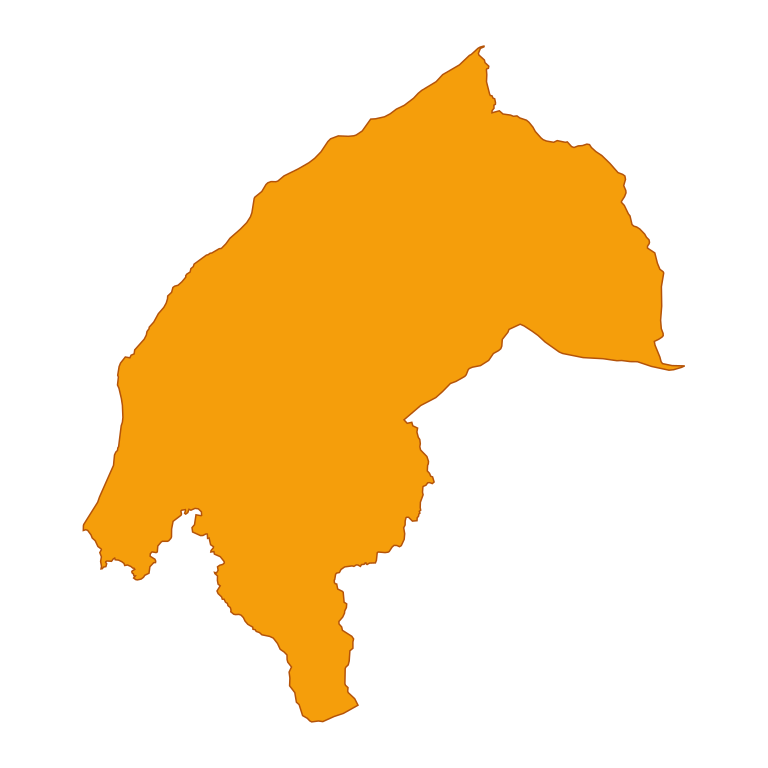 Cunday, Tolima, Colombia (Mercator projection)
{"feature_id": "7082276B4490552230449", "entity_name": "Cunday", "entity_type": "district", "adm_level": 2, "iso_a3": "COL", "parent_name": "Colombia", "parent_adm1": "Tolima", "projection": "mercator", "projection_center": [-74.711, 3.967], "detail": "fine", "context": "isolated", "style": "filled", "palette": "amber", "viewbox_px": 768, "rotation_deg": 0, "n_neighbors": 0, "source": "geoboundaries", "source_scale": "gbopen_adm2", "svg_char_len": 6091}
<svg xmlns="http://www.w3.org/2000/svg" viewBox="0 0 768 768"><path d="M322.8,721.6L334.1,716.5L343.4,713.4L358.0,705.2L354.7,698.7L348.3,692.7L347.7,691.3L348.0,687.6L345.5,685.3L344.9,683.6L345.2,668.6L345.8,667.2L348.2,664.9L349.2,661.0L349.9,650.8L352.9,648.3L352.9,641.9L353.6,638.9L351.8,636.3L342.4,630.3L341.7,627.0L339.0,623.9L338.9,621.5L342.7,617.1L344.5,613.2L344.7,611.0L346.4,607.6L346.7,603.9L344.1,602.2L343.2,592.3L342.5,591.4L337.7,589.0L336.7,584.0L335.4,583.8L334.4,582.6L334.2,580.1L334.7,579.7L335.6,574.3L336.6,573.1L339.4,572.5L341.0,569.5L344.7,566.9L352.1,565.9L353.9,566.4L356.3,564.9L357.9,565.0L360.4,566.4L361.5,564.6L364.1,564.3L365.2,562.9L366.1,563.0L366.2,563.9L367.1,564.5L369.5,563.1L375.4,562.9L376.4,560.4L377.2,552.8L378.2,552.0L385.1,552.6L388.0,552.2L389.2,551.5L392.1,547.1L394.0,545.4L396.9,545.5L399.5,546.7L401.3,545.6L404.2,539.3L404.7,533.7L403.7,527.8L405.1,525.0L405.2,520.9L406.0,517.7L406.8,517.2L408.6,517.3L412.4,521.1L417.0,520.7L417.2,517.8L418.6,516.1L418.8,514.1L419.9,513.2L419.3,511.3L420.7,510.2L420.2,507.6L420.4,502.2L423.1,494.8L422.5,492.2L422.9,487.1L423.2,486.4L426.0,485.2L427.7,482.8L429.7,482.6L432.3,483.6L434.1,482.0L432.6,476.9L430.7,476.2L429.5,473.3L427.3,470.9L427.6,465.3L428.3,463.9L428.5,461.4L426.9,456.5L420.6,450.0L419.8,446.7L420.3,443.7L419.8,439.6L418.3,437.3L416.9,432.0L417.6,428.1L412.8,425.8L411.8,422.3L407.2,423.3L404.0,419.8L420.7,405.5L435.8,397.6L442.7,391.4L450.4,383.5L456.0,381.4L464.8,376.4L466.2,374.8L468.2,369.7L469.3,368.5L472.4,367.2L480.5,365.6L488.7,360.4L493.4,353.5L498.6,350.6L500.8,348.7L501.8,346.1L502.3,339.4L507.9,332.3L509.0,329.4L520.2,324.2L524.2,326.0L532.3,331.3L538.1,335.5L545.1,342.0L559.2,352.0L562.7,353.5L583.1,357.6L603.1,358.7L616.9,360.7L621.7,360.5L630.1,361.6L637.4,361.7L651.4,366.4L669.0,370.2L673.7,369.7L681.5,367.4L684.7,365.9L672.1,365.6L662.5,363.6L661.1,361.7L659.9,357.1L655.0,345.1L654.3,341.4L658.7,339.3L662.0,337.1L663.2,335.7L663.1,333.4L661.3,328.7L660.6,320.2L661.7,306.1L661.4,286.7L663.7,273.0L663.1,271.7L659.9,269.3L657.4,263.2L654.8,252.9L647.5,248.1L647.5,246.1L649.1,243.8L649.5,242.3L649.0,239.8L646.4,237.2L644.7,234.1L639.7,228.9L636.7,227.0L633.7,226.1L632.0,224.5L630.0,215.9L628.4,213.9L624.3,205.4L621.5,202.4L621.5,201.3L624.5,196.7L626.0,192.9L625.8,190.5L623.7,185.6L625.5,179.4L624.9,176.0L622.7,174.4L618.0,172.6L609.9,163.4L602.0,155.7L595.9,151.6L591.4,147.5L589.5,144.6L586.9,144.1L582.4,145.6L578.2,145.9L574.0,147.5L571.6,146.6L567.3,141.9L565.4,142.3L557.2,140.6L553.7,142.3L546.4,141.0L543.2,139.7L541.1,138.0L535.3,131.5L532.9,127.1L528.9,122.2L526.5,120.2L519.7,117.9L517.0,115.9L513.4,116.3L510.6,115.1L503.0,114.0L499.3,110.8L492.0,112.8L492.1,110.6L494.0,108.3L493.9,105.2L495.4,104.3L495.5,102.6L494.7,98.8L493.0,98.1L492.0,95.8L490.3,95.5L489.6,94.0L486.5,81.8L486.8,74.7L486.4,69.6L486.7,68.9L488.4,68.3L488.8,66.2L485.0,62.6L484.4,60.0L478.9,55.0L478.4,53.3L480.4,48.4L483.9,46.9L484.1,46.2L483.6,46.1L480.1,47.1L478.0,48.3L471.2,54.5L469.4,55.4L459.4,64.9L442.7,74.6L436.1,81.7L421.7,90.4L418.2,93.3L413.6,98.2L404.3,105.3L396.4,109.1L390.2,113.8L384.5,116.8L375.5,118.8L370.7,119.1L362.2,131.0L356.2,135.0L353.8,135.8L348.4,136.3L338.3,135.9L330.6,138.8L327.9,141.5L321.0,151.8L314.7,158.3L308.8,162.8L297.8,169.1L284.0,175.9L277.8,181.1L275.9,181.7L271.0,181.6L267.8,182.8L266.0,184.5L261.8,191.5L254.8,197.2L254.2,198.4L251.9,212.7L250.4,216.9L246.7,222.7L240.4,229.1L229.9,238.3L225.9,243.8L221.4,248.4L219.2,248.7L211.6,253.1L210.2,253.2L208.1,254.7L206.4,255.1L194.1,264.1L193.3,266.6L190.9,268.6L190.1,272.0L186.7,274.2L185.7,275.8L185.8,277.1L181.9,281.8L178.1,285.2L174.6,286.2L172.9,287.5L171.6,292.3L167.7,296.0L167.5,298.8L166.2,303.1L163.8,307.4L158.4,313.6L153.8,322.0L149.2,327.2L149.1,328.6L147.0,331.5L146.3,335.1L144.2,339.2L134.7,349.9L134.1,353.9L131.1,355.2L129.9,357.8L125.3,357.0L120.5,363.1L119.1,366.6L117.7,375.3L118.4,377.0L117.5,385.0L119.0,388.4L121.4,398.7L122.4,405.2L122.9,417.4L122.4,422.2L121.2,425.8L118.6,446.7L117.8,447.9L117.5,450.4L115.8,452.1L114.5,455.0L113.5,465.4L99.5,497.0L97.7,502.2L83.7,524.5L83.4,525.8L83.3,530.5L85.8,529.7L87.7,530.4L91.0,534.9L92.2,538.0L95.2,540.7L97.9,546.5L101.1,548.9L101.4,549.7L99.8,552.6L101.4,556.8L100.6,561.4L101.5,566.3L101.0,568.9L102.3,568.7L103.5,567.1L105.9,566.6L106.7,563.7L105.6,562.3L105.8,561.6L107.0,561.0L111.5,561.3L113.4,558.8L114.7,558.1L115.2,559.8L118.5,560.1L121.8,561.7L124.0,563.4L124.7,565.5L127.5,565.0L130.9,566.5L132.8,568.1L134.0,568.2L134.8,569.3L132.0,571.1L131.8,571.9L132.4,573.3L133.3,573.7L133.9,575.7L135.4,575.9L133.6,578.0L135.7,579.6L137.4,579.9L141.1,579.1L143.5,577.3L144.8,575.3L149.0,573.2L149.9,566.7L153.7,562.7L155.5,562.6L155.7,561.1L154.9,559.2L150.1,556.2L150.3,553.7L152.1,551.9L156.1,552.6L157.3,551.9L157.8,546.0L161.1,542.1L162.3,541.3L167.5,541.3L168.7,540.8L170.9,538.3L171.5,536.9L171.6,529.0L173.1,521.3L181.0,515.3L181.5,514.1L180.9,511.1L181.7,510.2L185.3,509.6L185.5,510.6L184.6,513.3L185.7,514.1L187.8,512.6L189.0,509.3L190.9,510.2L195.0,508.4L198.3,508.8L201.4,511.8L201.6,515.4L201.0,515.7L196.0,514.8L194.5,524.7L192.0,527.6L192.6,532.0L200.5,535.6L202.9,535.5L206.0,533.9L207.3,534.1L207.6,538.4L209.1,538.0L210.6,544.7L213.5,546.7L213.3,547.8L211.1,550.5L210.8,552.0L213.9,551.6L214.4,554.1L220.3,556.7L224.1,561.5L224.3,563.0L222.7,564.4L219.8,565.2L217.5,566.8L218.1,570.3L216.5,572.9L214.5,572.4L214.9,573.6L217.5,575.9L217.4,580.5L218.1,584.2L220.2,585.8L217.0,591.0L218.1,593.6L221.6,596.9L222.3,599.2L224.1,599.2L225.5,602.2L227.4,603.4L228.0,605.7L230.3,607.5L231.0,610.0L230.8,611.8L231.9,612.7L233.7,614.2L235.5,614.6L238.9,614.4L241.0,615.1L243.4,617.6L245.1,621.2L247.9,624.4L252.7,627.1L253.0,629.3L255.2,629.7L256.2,631.4L259.5,632.6L261.9,634.8L269.7,636.4L273.3,638.1L277.5,643.5L280.2,649.3L284.1,652.0L287.0,655.0L287.1,659.6L287.8,662.2L291.5,667.0L289.1,672.1L289.9,678.1L289.6,685.8L294.8,692.6L296.4,702.2L299.1,704.6L302.6,715.6L307.3,718.3L309.8,720.9L311.7,721.9L318.4,721.0L322.8,721.6Z" fill="#f59e0b" stroke="#b45309" stroke-width="1.5"/></svg>